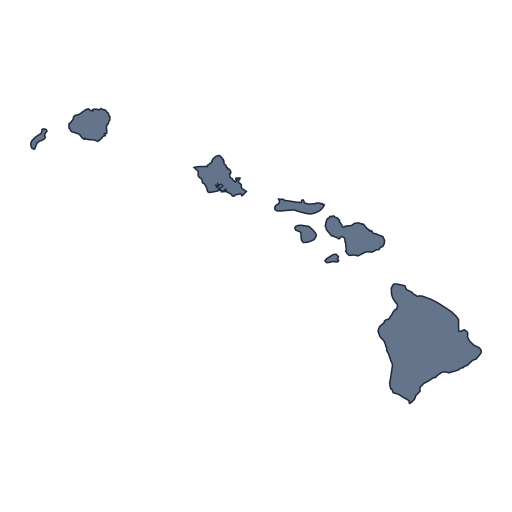 map outline of Hawaii (Mercator projection)
{"feature_id": "USA-3517", "entity_name": "Hawaii", "entity_type": "State", "adm_level": 1, "iso_a3": "USA", "parent_name": "United States of America", "parent_adm1": "", "projection": "mercator", "projection_center": [-158.302, 23.654], "detail": "fine", "context": "isolated", "style": "filled", "palette": "slate", "viewbox_px": 512, "rotation_deg": 0, "n_neighbors": 0, "source": "natural_earth", "source_scale": "10m", "svg_char_len": 6057}
<svg xmlns="http://www.w3.org/2000/svg" viewBox="0 0 512 512"><path d="M474.2,345.4L478.6,347.4L480.3,348.9L481.3,350.7L481.0,353.1L476.2,359.0L472.6,360.3L467.3,365.4L463.8,366.5L463.7,367.5L460.7,368.2L458.1,370.1L449.0,372.8L445.5,371.9L443.5,371.9L441.7,372.4L437.2,375.5L435.7,377.4L434.0,377.6L432.7,378.2L429.6,380.3L425.4,382.7L424.2,383.1L420.6,386.6L419.9,388.0L420.1,391.2L415.9,395.5L414.6,399.1L413.4,400.5L409.9,403.5L409.2,403.0L409.2,401.1L407.5,399.7L404.1,397.9L398.1,394.1L393.1,392.7L392.0,389.5L390.9,389.1L390.2,386.8L389.6,383.1L390.5,378.6L392.4,365.9L392.3,363.7L391.2,361.6L388.2,353.0L387.4,351.9L386.6,350.1L386.8,348.1L385.8,346.3L385.3,344.3L384.4,341.8L383.0,339.7L381.7,338.7L379.9,336.5L378.0,331.0L378.8,328.5L379.7,326.4L381.5,324.8L383.2,323.6L384.0,322.8L384.4,321.1L385.6,320.1L389.1,318.8L390.8,315.9L391.6,314.9L393.4,311.6L395.3,309.4L396.6,309.4L397.5,305.5L397.0,303.8L395.6,302.5L392.7,298.0L391.5,294.1L391.3,288.1L392.9,285.0L394.0,284.0L396.9,284.0L404.7,285.7L405.1,286.2L405.4,286.8L405.5,287.7L406.9,289.9L410.0,291.2L412.1,292.4L413.6,294.2L415.6,295.1L417.2,296.4L419.2,295.9L422.2,296.1L431.0,299.3L438.3,303.1L451.9,312.0L456.3,316.4L458.6,319.6L458.6,327.7L458.8,331.3L461.1,331.2L464.3,329.7L466.7,331.4L467.8,333.2L467.5,337.0L468.6,339.3L470.0,341.5L474.2,345.4ZM382.8,236.5L384.6,240.3L384.2,243.8L382.7,246.6L380.6,247.2L378.9,249.7L376.7,249.7L372.2,252.1L367.6,251.8L366.0,251.9L357.9,255.9L353.7,254.9L352.6,255.2L349.1,255.4L346.8,253.2L346.6,252.3L345.5,251.1L346.2,250.4L346.2,248.9L345.6,243.0L344.9,241.4L345.0,239.6L344.4,238.1L343.5,237.3L342.7,236.8L341.4,236.8L340.2,237.4L339.7,238.6L338.7,238.8L336.3,237.2L334.5,236.9L332.7,235.7L331.5,235.9L330.4,234.4L328.5,232.3L326.2,229.2L326.1,227.3L325.2,226.2L326.1,221.9L326.8,219.8L327.7,218.4L328.7,218.3L329.4,217.6L329.5,216.9L330.2,216.3L331.9,216.5L332.6,216.3L332.9,215.9L333.4,215.8L334.1,216.3L334.7,217.1L335.6,217.3L338.0,218.4L338.4,219.6L339.3,219.9L339.6,221.0L339.6,222.1L340.7,223.2L343.0,227.2L344.5,227.1L345.4,226.0L347.0,226.0L351.6,225.5L354.2,223.5L355.5,223.1L358.2,222.9L359.6,223.2L361.3,223.7L361.8,224.3L362.8,223.9L364.1,224.8L364.6,225.8L366.6,228.1L368.1,229.1L369.2,230.1L369.3,230.9L370.7,231.0L371.0,230.5L372.1,231.4L372.5,232.6L373.1,233.3L375.9,233.7L378.7,235.1L382.8,236.5ZM241.4,187.4L242.3,188.8L245.8,191.0L246.4,191.5L242.6,195.4L241.7,195.7L241.4,195.1L241.4,194.3L240.7,193.7L238.5,194.3L236.7,194.5L235.2,195.2L234.1,196.1L232.8,196.1L232.2,195.8L231.2,194.1L227.1,192.2L226.2,190.9L225.8,190.1L225.8,189.2L225.2,189.5L224.1,190.6L225.0,191.6L221.5,191.8L221.6,191.4L222.1,191.1L221.4,190.6L220.1,190.6L219.8,189.0L220.0,188.4L219.8,187.8L222.4,186.5L222.8,185.7L221.8,184.9L220.4,184.2L220.0,184.5L219.7,185.7L219.0,185.3L217.8,184.0L217.9,185.2L218.4,186.5L218.0,186.8L215.4,184.7L216.0,186.1L217.4,187.5L219.2,189.1L218.7,190.4L217.2,191.1L212.2,192.1L210.7,192.2L209.3,192.6L207.6,191.6L206.8,188.6L205.9,186.2L204.1,183.6L202.5,182.9L202.1,180.5L201.6,179.2L199.2,177.3L198.2,175.8L198.1,171.4L197.6,170.6L194.0,167.5L194.5,167.3L197.5,166.7L201.0,166.5L204.7,166.6L205.8,166.3L207.1,166.6L207.4,165.5L207.8,165.0L209.3,164.1L211.7,162.2L211.5,161.6L212.9,159.0L215.9,156.3L218.6,155.5L219.6,155.6L220.2,156.0L221.2,157.3L222.6,158.4L222.6,159.4L223.4,159.7L223.4,160.5L224.1,161.3L223.7,162.9L224.8,164.4L225.9,165.5L226.4,167.0L227.3,167.5L227.8,169.1L228.4,168.9L229.3,169.2L230.7,171.2L230.7,173.3L230.0,173.2L229.6,173.8L230.2,177.7L232.0,178.4L233.4,180.6L234.7,181.0L234.8,181.7L235.7,182.0L237.0,180.2L235.8,179.4L235.9,178.3L236.8,177.9L238.8,178.2L239.9,177.9L240.1,178.6L238.9,179.8L238.6,181.4L238.8,182.7L240.2,183.5L241.2,184.6L241.5,185.4L241.1,186.4L241.4,187.4ZM109.2,116.1L109.9,116.5L109.8,120.0L109.0,121.1L107.8,124.5L106.6,125.2L106.5,127.7L106.8,131.0L106.7,132.7L106.5,133.4L105.4,133.4L104.4,133.8L105.0,134.5L105.4,135.3L104.9,135.9L103.9,135.8L102.5,137.0L101.9,138.1L99.8,139.6L99.7,140.3L98.8,140.4L97.9,141.4L94.2,140.0L92.0,139.8L90.3,139.8L85.9,139.1L85.2,138.4L84.9,138.5L84.8,139.1L84.0,139.3L83.6,138.6L82.5,138.1L81.6,137.3L81.0,136.5L80.3,135.0L79.3,134.8L79.0,134.0L78.1,133.6L76.5,133.4L74.2,132.3L72.6,132.0L71.2,131.5L70.5,130.0L70.2,129.2L69.5,128.8L68.9,127.9L69.1,124.5L69.0,123.7L69.8,123.4L73.2,119.3L73.5,117.0L74.0,116.8L74.8,115.5L78.8,114.5L81.2,113.0L82.7,111.7L84.6,110.8L85.3,109.8L86.4,109.4L87.3,109.4L87.9,108.8L88.7,108.9L89.3,109.5L89.6,110.1L91.4,110.5L92.1,111.0L92.8,110.9L92.6,110.3L92.8,109.6L94.3,109.0L95.8,109.3L97.7,109.3L98.7,109.9L99.4,109.7L101.1,108.5L103.2,109.7L104.5,109.7L106.1,110.6L106.7,111.9L107.8,113.0L108.3,113.1L109.2,116.1ZM320.8,203.5L321.7,203.4L322.2,203.7L321.9,204.2L322.5,204.4L323.8,204.4L324.4,204.8L322.8,207.7L320.3,210.3L317.2,212.0L314.0,213.3L310.8,214.0L307.6,213.7L304.4,213.0L298.0,211.3L294.0,209.9L284.5,210.6L281.6,211.0L279.2,210.9L277.4,211.0L275.8,210.3L274.8,209.0L274.8,207.3L275.5,205.9L276.4,204.9L277.9,204.3L279.2,202.7L279.6,201.0L278.6,199.6L278.5,199.0L280.7,199.3L282.7,199.2L283.7,199.5L284.4,200.5L285.6,200.5L297.7,202.3L300.9,202.5L301.5,201.5L301.6,200.7L302.1,200.0L302.9,199.8L304.0,201.3L304.4,202.9L308.6,204.1L312.7,203.9L314.6,203.7L316.6,203.0L317.3,203.1L318.8,203.0L320.8,203.5ZM312.6,229.7L315.3,232.8L316.1,234.3L316.3,235.4L315.8,236.9L314.0,239.7L310.2,241.4L307.2,242.3L303.2,242.5L301.5,240.1L301.1,238.0L301.0,234.3L300.7,232.4L299.3,231.5L295.8,230.2L294.8,228.5L295.5,226.6L297.4,225.6L300.8,225.2L308.9,226.4L312.6,229.7ZM41.9,129.6L43.3,128.9L44.7,129.0L46.3,129.6L47.0,131.1L45.3,133.2L44.7,135.2L45.3,137.6L44.2,139.1L41.5,140.5L40.0,141.0L38.1,142.2L37.1,143.1L36.4,144.5L34.8,148.9L33.8,149.3L32.7,148.5L31.8,148.1L30.7,145.0L30.9,143.0L31.8,140.8L35.1,137.5L37.7,135.5L41.0,133.5L41.9,131.3L41.9,129.6ZM336.4,254.4L338.5,256.8L337.4,259.4L338.7,260.3L337.8,261.9L335.4,261.9L333.2,261.5L329.3,262.4L326.6,262.7L324.9,260.8L325.9,259.5L327.6,258.0L332.5,255.0L334.6,254.2L336.4,254.4Z" fill="#64748b" stroke="#1e293b" stroke-width="1.5"/></svg>